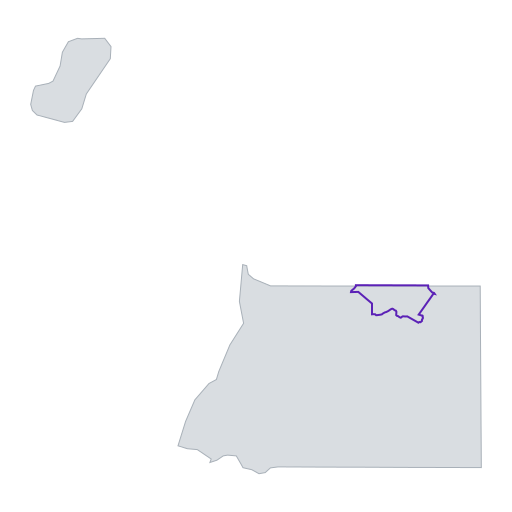 Micomiseng, Kié-Ntem, Equatorial Guinea shown in context
{"feature_id": "11065452B35658646165921", "entity_name": "Micomiseng", "entity_type": "district", "adm_level": 2, "iso_a3": "GNQ", "parent_name": "Equatorial Guinea", "parent_adm1": "Kié-Ntem", "projection": "albers", "projection_center": [10.868, 2.052], "detail": "fine", "context": "in_parent", "style": "outline", "palette": "violet", "viewbox_px": 512, "rotation_deg": 0, "n_neighbors": 0, "source": "geoboundaries", "source_scale": "gbopen_adm2", "svg_char_len": 2175}
<svg xmlns="http://www.w3.org/2000/svg" viewBox="0 0 512 512"><path d="M480.2,286.0L480.4,322.0L480.6,352.5L480.8,385.4L481.0,419.7L481.2,448.8L481.3,467.6L449.4,467.5L407.2,467.4L364.9,467.2L322.6,467.1L301.4,467.0L278.0,466.9L270.4,467.9L265.2,472.6L259.0,473.7L251.8,469.7L243.0,467.7L240.7,463.5L236.3,455.9L227.6,455.1L223.2,455.9L216.9,460.2L209.9,462.5L211.2,459.0L197.3,449.6L187.3,448.7L178.0,445.8L185.6,421.4L194.9,399.8L209.0,383.5L216.4,379.5L218.8,371.5L229.9,344.9L243.6,323.3L239.4,301.4L242.7,264.6L246.7,265.7L247.3,269.2L248.3,274.3L253.5,278.8L270.5,285.9L321.4,286.0L351.7,286.0L396.6,286.0L444.1,286.0L480.2,286.0ZM77.6,38.3L81.5,38.9L104.7,38.3L111.0,46.6L110.3,58.7L86.3,94.0L81.8,108.8L72.6,121.4L64.5,122.4L37.0,115.0L32.4,110.5L30.7,104.4L33.5,90.4L35.5,86.1L48.7,83.4L53.0,81.1L60.1,66.0L62.4,52.2L68.4,41.7L77.6,38.3Z" fill="#d9dde1" stroke="#a8b0b8" stroke-width="1"/><path d="M400.8,317.7L402.4,316.5L402.9,316.3L405.4,316.5L407.3,316.4L418.4,322.7L419.3,322.0L420.5,322.2L422.0,320.9L421.9,320.5L421.9,320.4L421.9,320.1L422.0,319.8L422.1,319.5L422.1,319.4L422.3,319.1L422.5,318.9L422.7,318.7L422.8,318.4L422.9,318.1L422.8,317.7L422.9,317.3L422.9,317.1L422.8,316.9L422.7,316.9L422.5,316.5L422.5,316.4L422.5,316.1L422.6,315.9L422.6,315.7L422.4,315.5L422.2,315.5L421.9,315.5L421.3,315.4L421.0,315.3L420.7,315.2L420.3,315.1L420.0,315.0L419.7,314.9L419.0,314.7L418.7,314.6L425.2,305.4L425.4,305.1L427.5,302.1L429.1,299.9L429.2,299.7L429.3,299.5L429.5,299.4L429.6,299.2L432.4,295.2L433.5,293.7L434.3,293.8L434.7,293.9L434.5,293.6L434.0,292.9L432.1,292.4L429.1,289.0L428.3,288.1L428.2,286.8L428.1,285.4L355.9,285.2L355.9,285.3L355.9,286.2L355.7,286.4L355.1,287.3L353.9,288.7L353.0,289.4L351.9,290.3L351.2,291.0L351.0,292.1L351.4,292.1L358.3,291.9L365.7,298.2L365.8,298.3L372.0,303.5L372.0,308.8L372.0,309.1L372.0,314.3L373.4,314.2L375.2,314.3L376.1,315.2L376.8,315.2L378.1,315.0L379.8,314.8L381.8,314.4L383.2,313.3L384.9,312.4L386.3,312.0L388.3,311.0L390.3,309.6L391.5,308.9L392.4,308.7L393.3,309.1L394.6,310.2L395.9,310.7L396.4,311.8L396.2,315.1L396.9,315.8L398.2,316.2L399.5,317.2L400.8,317.7Z" fill="none" stroke="#5b21b6" stroke-width="2"/></svg>